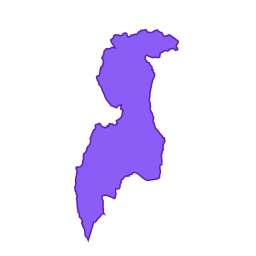 Paute, Azuay, Ecuador, rotated 160°
{"feature_id": "8360857B51005001809557", "entity_name": "Paute", "entity_type": "district", "adm_level": 2, "iso_a3": "ECU", "parent_name": "Ecuador", "parent_adm1": "Azuay", "projection": "equal_earth", "projection_center": [-78.747, -2.747], "detail": "fine", "context": "isolated", "style": "filled", "palette": "violet", "viewbox_px": 256, "rotation_deg": 160, "n_neighbors": 0, "source": "geoboundaries", "source_scale": "gbopen_adm2", "svg_char_len": 5795}
<svg xmlns="http://www.w3.org/2000/svg" viewBox="0 0 256 256"><g transform="rotate(160 128 128)"><path d="M51.1,192.1L51.2,192.5L51.9,193.8L53.3,195.5L53.8,196.8L54.9,197.7L55.0,198.2L55.3,198.7L55.4,199.2L56.1,199.6L56.4,200.5L56.9,200.6L57.3,201.4L58.4,201.7L59.4,201.1L60.9,201.7L62.4,201.4L62.7,201.5L63.0,202.2L63.3,204.5L63.8,206.2L65.0,207.0L66.2,208.4L67.1,210.3L69.1,210.1L69.7,210.2L70.0,210.4L71.2,209.8L73.6,209.7L77.0,211.6L77.3,212.3L77.2,213.9L78.0,214.5L78.9,214.2L82.6,215.4L83.5,214.4L83.9,214.4L84.6,214.7L85.1,214.6L87.7,213.1L88.3,213.1L89.8,213.9L91.6,213.5L93.1,214.2L93.6,214.1L95.0,213.4L96.5,213.3L96.9,213.6L97.1,214.5L97.0,216.7L97.1,217.4L97.9,218.2L100.2,218.4L101.5,217.4L103.0,217.2L104.1,217.7L104.8,218.6L105.7,218.6L106.3,218.8L106.8,219.1L107.3,219.8L107.7,219.9L109.5,219.6L110.2,219.0L110.9,217.9L111.4,217.3L112.6,217.0L113.5,217.1L114.0,216.7L114.2,216.4L114.2,213.8L112.9,209.1L112.8,208.5L112.9,207.7L113.6,208.3L115.2,209.2L116.7,209.1L117.8,208.5L118.3,208.7L118.8,208.6L120.0,209.5L120.9,209.9L121.4,209.9L122.0,209.5L122.6,208.9L123.3,209.0L124.0,208.5L124.9,207.0L125.3,206.0L125.9,205.2L127.3,204.1L128.5,202.8L128.7,202.5L128.4,202.1L128.1,201.3L128.2,200.9L128.0,200.4L128.1,199.6L128.5,198.7L128.6,197.9L128.9,197.7L129.2,197.6L129.5,196.8L130.5,195.1L130.9,195.3L131.2,195.2L131.8,194.5L132.5,194.5L133.0,194.2L133.3,193.4L133.3,192.9L133.8,192.8L134.1,192.3L134.5,192.0L134.7,190.9L134.9,190.5L135.3,190.0L136.0,188.8L137.3,187.2L138.3,187.3L138.8,187.1L139.8,187.2L140.0,187.1L140.2,186.5L140.2,185.2L140.5,183.8L140.4,183.1L139.9,182.4L140.0,181.3L140.3,180.1L140.3,178.6L139.6,177.6L139.4,176.1L139.2,175.7L139.2,173.9L139.1,173.3L139.3,171.4L138.8,167.5L139.0,165.2L138.6,164.6L138.7,162.9L137.8,159.7L136.2,154.8L134.6,153.5L132.0,150.9L131.6,151.0L129.8,152.2L126.5,152.1L126.2,151.9L127.2,150.9L128.3,148.1L126.5,146.2L127.8,145.0L128.6,143.1L130.7,140.4L133.7,139.2L136.4,138.9L136.5,138.8L136.6,138.3L136.3,136.4L136.4,136.0L136.7,135.8L137.1,135.8L138.8,135.2L140.3,135.3L140.8,135.8L141.2,137.0L141.5,137.4L142.3,137.4L143.5,138.2L144.2,138.4L145.8,135.9L146.3,136.0L146.4,136.4L146.4,136.8L146.6,137.3L146.8,137.3L147.0,136.7L149.2,135.7L149.3,135.8L149.6,136.6L150.5,136.9L150.9,137.4L151.4,137.6L152.3,139.3L152.8,141.5L153.1,142.0L153.6,142.3L155.0,141.8L156.6,142.2L157.7,141.8L158.1,141.4L158.2,140.7L158.3,139.3L158.6,138.8L159.1,138.3L160.6,138.0L161.0,137.7L161.5,136.9L162.4,136.6L162.9,135.6L164.1,134.6L166.2,131.9L166.9,131.4L167.2,131.0L167.2,129.6L168.1,127.4L169.0,126.4L169.3,125.8L170.1,125.4L171.1,124.3L172.2,124.3L172.8,123.6L173.7,123.0L174.3,121.5L174.8,120.5L175.9,120.1L177.0,119.3L178.1,119.1L178.8,118.4L179.9,116.2L180.1,114.5L182.2,112.0L182.6,110.0L182.7,109.8L183.6,109.4L184.3,108.5L185.8,108.0L186.8,108.0L187.9,108.2L189.5,108.9L190.0,108.8L190.4,108.5L190.7,107.6L190.6,105.2L190.9,104.2L195.2,96.7L195.8,94.3L197.3,91.2L198.1,90.8L198.4,90.4L198.5,90.0L198.3,88.9L199.0,87.7L199.1,87.2L199.0,86.3L198.5,85.4L198.6,85.0L199.0,84.6L199.2,83.8L199.2,83.3L198.6,82.2L198.5,81.8L198.7,81.5L199.4,81.2L200.7,78.9L200.7,78.0L201.3,75.4L201.9,74.0L202.3,71.9L202.9,70.1L202.9,68.5L203.8,65.9L203.1,65.0L203.1,64.2L204.1,60.7L203.5,60.2L203.0,59.4L203.1,57.8L202.8,57.3L202.6,55.7L202.9,55.2L203.4,55.3L204.0,54.6L204.1,54.3L204.1,53.4L203.9,52.4L204.1,50.5L203.6,49.4L203.6,47.8L203.8,45.9L204.5,43.6L204.9,42.2L204.8,40.4L204.1,39.4L203.9,38.7L203.8,36.1L192.6,51.0L192.1,51.1L190.9,50.9L190.3,51.1L188.5,52.3L187.8,52.5L186.9,53.6L185.0,53.9L183.9,54.8L182.9,55.3L181.8,56.0L181.4,56.1L180.5,55.8L180.0,55.9L179.8,55.6L179.9,57.4L179.8,58.0L178.9,60.1L178.5,62.7L177.6,64.3L177.1,66.1L176.4,67.6L176.4,71.0L176.0,71.7L175.9,72.3L175.4,72.8L174.2,73.1L173.8,73.1L172.8,72.8L171.3,72.1L166.5,68.2L165.1,66.4L164.4,66.5L163.5,67.4L163.0,68.1L162.9,68.9L162.1,69.6L161.8,70.3L161.8,70.9L161.2,73.4L160.7,74.1L160.5,75.0L157.5,74.0L156.9,74.2L155.7,75.3L155.0,77.2L154.3,78.1L153.1,79.0L152.4,81.3L150.1,81.9L148.6,83.2L147.7,83.1L146.5,83.7L145.9,83.4L145.5,83.4L145.0,82.9L144.4,82.9L143.4,82.5L143.1,82.7L142.2,83.8L140.4,83.2L138.8,84.0L137.5,84.3L135.9,83.2L134.5,81.8L133.0,79.5L131.0,75.8L129.2,73.4L128.5,72.7L127.7,72.1L118.0,70.2L115.4,70.5L114.7,72.0L114.3,73.4L112.9,74.9L112.7,76.0L112.3,76.5L111.9,79.1L111.5,80.0L111.5,80.7L111.0,81.5L109.5,82.0L108.8,82.1L108.6,82.3L108.4,83.1L107.6,85.0L106.6,88.8L106.1,89.7L106.2,90.9L106.0,91.6L105.2,92.0L104.8,92.4L104.0,94.2L103.5,94.8L102.3,95.4L101.8,97.6L100.8,99.8L98.7,102.2L97.8,102.8L97.8,103.2L98.0,103.7L98.0,104.0L97.4,104.5L97.5,105.2L97.4,106.4L97.5,106.6L98.5,106.6L98.7,107.1L98.5,107.6L98.7,108.3L98.5,108.5L98.5,109.0L98.7,108.6L99.0,109.6L100.0,112.1L100.7,115.2L102.0,117.6L102.2,118.4L102.1,120.7L102.1,123.0L101.8,124.2L102.3,125.0L102.4,125.7L101.7,127.0L100.9,127.7L100.5,129.0L100.4,129.8L100.6,130.6L100.3,133.1L100.6,135.1L100.8,138.3L99.9,139.4L99.2,141.7L98.6,144.3L98.5,146.7L98.0,148.1L96.6,150.4L95.5,153.1L91.3,160.3L88.2,164.9L86.6,166.3L85.1,168.1L84.8,168.7L84.6,169.6L84.6,170.5L84.7,170.9L85.3,172.1L85.1,172.6L85.2,173.1L85.0,173.4L85.0,174.0L85.4,174.5L84.8,174.4L85.1,174.9L85.2,175.3L84.6,177.1L85.5,179.6L85.8,182.1L87.3,183.4L87.6,185.0L88.0,185.8L88.3,187.5L87.6,188.4L87.1,189.3L86.4,189.8L85.2,190.0L84.1,188.5L82.4,187.0L80.8,185.7L77.8,185.0L75.6,183.8L74.6,183.7L73.9,183.9L73.1,185.1L73.1,185.7L72.5,186.8L72.0,187.2L71.5,187.5L71.0,187.3L70.3,187.5L69.6,187.5L69.0,188.0L67.7,188.2L66.1,187.8L64.8,186.9L63.8,186.7L63.0,187.1L61.9,187.9L61.5,187.6L60.8,187.7L60.1,187.7L59.6,187.3L58.8,187.4L57.8,187.0L57.1,185.0L56.4,184.7L55.8,184.9L55.5,184.5L54.6,184.5L54.2,185.8L54.5,187.3L54.9,188.0L54.9,188.5L53.6,189.7L52.5,190.5L51.1,192.1Z" fill="#8b5cf6" stroke="#5b21b6" stroke-width="1.5"/></g></svg>